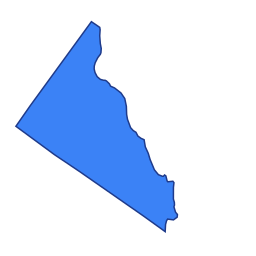 Presque Isle, Michigan, United States of America (orthographic projection), rotated 36°
{"feature_id": "52423323B16586012901147", "entity_name": "Presque Isle", "entity_type": "district", "adm_level": 2, "iso_a3": "USA", "parent_name": "United States of America", "parent_adm1": "Michigan", "projection": "orthographic", "projection_center": [-83.792, 45.413], "detail": "fine", "context": "isolated", "style": "filled", "palette": "blue", "viewbox_px": 256, "rotation_deg": 36, "n_neighbors": 0, "source": "geoboundaries", "source_scale": "gbopen_adm2", "svg_char_len": 913}
<svg xmlns="http://www.w3.org/2000/svg" viewBox="0 0 256 256"><g transform="rotate(36 128 128)"><path d="M46.0,63.2L35.9,63.5L35.8,167.3L36.3,192.5L84.1,192.8L114.0,191.7L192.1,190.1L219.0,190.0L215.1,184.0L213.7,180.4L213.6,178.4L218.8,175.6L220.2,171.3L219.4,169.8L218.8,168.9L216.0,168.2L211.5,164.8L210.9,163.0L209.2,160.9L206.5,158.8L199.7,149.4L197.3,145.2L195.6,144.7L191.8,148.1L190.7,147.8L186.8,144.5L185.2,144.5L185.0,146.2L184.3,146.8L180.0,147.9L173.9,146.3L164.4,140.5L159.3,136.6L153.1,133.1L147.9,128.0L144.6,128.7L140.7,128.7L137.0,126.8L133.7,127.0L129.9,126.2L122.5,121.3L118.9,117.8L114.0,111.5L108.1,106.1L101.8,103.8L93.6,103.5L89.3,104.4L87.0,103.2L82.9,102.6L81.3,102.9L80.5,103.6L77.1,104.9L72.9,104.6L68.7,102.5L65.9,100.1L64.3,97.7L63.1,94.5L62.2,88.9L62.3,84.6L61.8,82.9L59.6,79.4L55.9,75.9L50.9,70.0L47.7,64.9L46.0,63.2Z" fill="#3b82f6" stroke="#1e3a8a" stroke-width="1.5"/></g></svg>